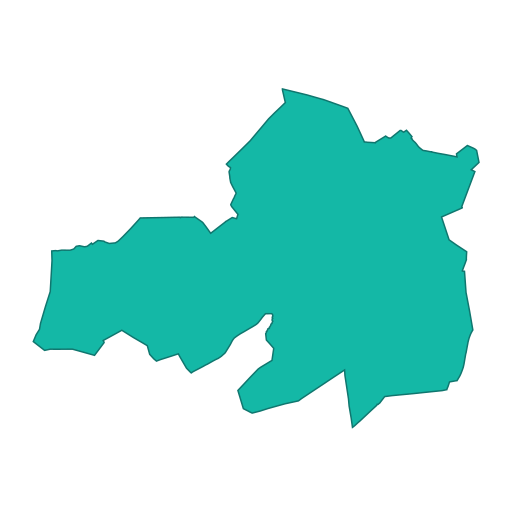 outline of Zilākalna pag., Kocenu, Latvia, rotated 272°
{"feature_id": "27541924B75578071059761", "entity_name": "Zilākalna pag.", "entity_type": "district", "adm_level": 2, "iso_a3": "LVA", "parent_name": "Latvia", "parent_adm1": "Kocenu", "projection": "mercator", "projection_center": [25.176, 57.583], "detail": "fine", "context": "isolated", "style": "filled", "palette": "teal", "viewbox_px": 512, "rotation_deg": 272, "n_neighbors": 0, "source": "geoboundaries", "source_scale": "gbopen_adm2", "svg_char_len": 5305}
<svg xmlns="http://www.w3.org/2000/svg" viewBox="0 0 512 512"><g transform="rotate(272 256 256)"><path d="M175.2,42.2L169.6,39.0L162.7,36.4L154.3,48.0L155.7,53.6L155.8,58.5L156.5,75.8L151.1,98.1L164.0,107.1L164.5,107.2L166.2,106.2L177.1,124.5L170.2,136.4L165.5,145.2L162.6,150.5L154.0,153.2L149.6,157.5L147.5,160.2L149.1,164.0L153.1,175.2L154.8,179.8L155.5,181.8L152.4,183.6L141.4,190.5L137.1,195.0L136.9,195.5L137.8,196.5L139.1,198.7L141.8,203.5L143.8,207.0L145.3,209.4L146.2,211.2L149.7,216.9L151.2,219.5L152.3,221.7L153.5,223.4L154.7,225.0L156.1,226.4L156.6,227.0L158.2,228.6L166.6,233.4L170.6,235.3L171.7,236.0L173.1,237.0L173.4,237.3L174.3,238.4L176.0,240.6L177.9,243.3L179.9,246.6L183.6,252.4L185.0,254.7L186.0,256.2L187.1,257.9L187.8,258.8L188.5,259.6L189.3,260.4L190.5,261.3L193.5,263.5L194.9,264.4L196.0,265.3L197.5,266.5L198.7,267.6L198.7,268.4L198.9,273.2L198.9,273.7L198.8,273.9L198.5,274.2L198.2,274.4L197.7,274.6L197.6,274.8L197.1,274.8L196.9,274.9L196.6,274.9L196.4,274.8L196.1,274.8L195.9,274.6L195.6,274.4L195.4,274.4L195.2,274.4L194.9,274.4L194.7,274.4L194.6,274.6L194.4,274.9L194.2,274.9L194.0,274.6L193.9,274.6L193.6,274.6L193.4,274.4L193.2,274.4L192.8,274.3L192.7,274.3L192.4,274.3L192.2,274.4L192.1,274.6L191.8,274.8L191.4,275.1L191.0,274.9L190.4,274.5L190.1,274.4L189.7,274.5L189.4,274.4L189.1,274.3L188.5,273.4L188.2,273.3L187.5,273.2L186.8,272.9L186.4,272.7L185.8,272.4L185.2,271.8L184.8,271.7L184.7,271.7L184.4,271.9L184.2,271.8L184.1,271.7L183.9,271.1L183.6,270.4L182.9,270.2L182.4,270.1L182.0,269.8L181.8,269.7L181.5,269.7L181.3,269.7L181.0,269.2L180.8,269.0L180.1,269.1L179.9,269.0L179.4,268.8L179.3,268.7L178.7,268.4L172.4,269.3L168.9,272.7L164.4,276.9L163.9,276.9L152.2,275.6L150.8,273.4L150.7,273.3L149.8,271.9L144.9,264.4L143.1,262.1L134.2,254.1L121.0,242.6L103.0,248.7L100.4,254.3L100.2,254.6L100.1,254.8L98.9,257.6L99.0,258.1L101.3,265.9L101.4,266.1L103.6,272.2L103.8,272.8L103.9,273.0L109.3,290.1L112.7,303.5L113.2,304.1L115.2,306.6L137.8,338.1L145.2,348.5L139.5,349.1L116.5,353.4L109.3,354.3L97.2,356.8L88.1,358.4L88.7,359.2L90.3,361.0L91.6,362.3L93.3,364.0L94.5,365.4L105.8,376.6L111.0,381.9L111.9,382.3L112.0,382.3L112.0,383.2L112.8,384.0L113.2,384.6L113.4,384.8L114.4,385.5L117.2,387.5L120.0,389.5L121.2,396.7L122.1,403.6L124.0,418.2L124.5,421.8L125.4,428.1L128.0,446.9L129.1,451.4L129.5,451.4L132.4,452.5L136.9,453.8L137.9,458.4L138.0,458.8L138.4,460.8L138.4,461.2L139.4,461.8L141.3,462.8L142.5,463.5L144.2,464.3L145.9,465.0L147.3,465.5L149.7,466.3L152.0,467.0L155.1,467.6L165.5,469.0L166.6,469.3L172.7,470.2L175.2,470.6L177.3,470.9L179.2,471.3L181.3,471.8L183.2,472.4L185.2,473.1L186.6,473.7L188.2,474.5L189.2,475.0L189.6,475.3L208.7,471.3L225.9,467.4L226.6,467.2L227.5,467.1L248.0,464.9L248.1,463.0L248.2,462.7L248.4,462.7L253.0,464.2L253.5,464.4L255.3,465.0L257.1,465.6L259.1,466.2L259.5,466.4L260.7,466.3L263.9,466.3L266.9,466.4L267.6,466.4L267.8,466.1L270.9,461.0L274.0,455.9L278.9,448.4L301.3,440.1L301.5,440.1L311.2,460.3L311.8,460.4L312.2,459.8L312.5,459.9L348.0,471.8L349.7,468.1L357.3,475.6L369.2,472.8L370.4,471.3L371.3,469.6L373.8,463.4L365.1,452.8L362.1,453.4L364.0,441.5L365.0,434.3L366.1,427.8L366.3,427.8L366.3,427.6L366.3,426.6L366.9,422.9L367.3,419.7L367.3,419.4L367.5,418.9L369.9,415.7L370.6,414.9L371.2,414.3L373.7,412.3L374.9,411.2L375.7,410.3L376.0,409.9L377.0,408.8L377.7,408.2L378.3,407.7L378.6,407.8L379.3,406.9L380.4,407.5L380.7,407.7L384.1,404.7L386.9,402.0L384.9,399.2L385.2,398.6L386.5,396.6L386.5,395.7L379.4,387.5L378.9,387.0L378.7,386.6L378.6,386.3L378.6,386.1L378.6,385.8L378.5,385.5L378.5,385.3L378.5,385.1L378.6,384.9L378.6,384.7L378.6,384.4L378.7,384.2L378.8,384.0L378.9,383.9L379.0,383.6L379.3,383.1L379.7,382.5L379.9,382.1L380.4,381.4L379.3,379.8L373.7,371.3L373.3,371.3L373.4,369.5L373.5,365.7L373.5,363.6L373.7,362.0L373.7,361.1L373.8,360.2L374.2,360.1L382.8,355.8L389.3,352.5L406.8,342.6L408.1,338.7L410.6,330.9L414.4,318.9L416.7,309.6L418.7,301.6L420.6,292.5L422.5,283.3L423.9,276.6L423.5,276.6L423.0,276.6L422.7,276.7L419.3,277.6L412.8,279.3L410.4,280.0L409.9,279.5L408.2,277.9L405.3,275.1L404.5,274.3L399.9,269.8L393.5,263.8L384.9,257.1L378.3,251.9L371.5,246.6L371.2,246.4L362.5,238.2L357.5,233.4L353.5,229.6L349.6,225.8L347.3,223.7L346.8,223.2L345.3,224.6L344.2,226.1L343.7,227.1L343.5,227.4L343.0,227.4L341.9,227.3L341.0,226.9L340.3,226.5L339.6,226.2L338.9,226.2L334.6,227.0L332.8,227.2L332.3,227.3L328.7,228.1L327.5,228.7L324.3,230.4L318.5,233.8L318.1,233.9L317.8,233.9L315.0,232.6L313.7,232.2L312.2,231.4L306.8,229.1L306.3,229.0L305.7,229.3L304.9,229.8L304.6,229.9L299.4,234.4L297.2,236.3L297.1,236.5L292.6,235.3L292.6,235.1L293.6,230.9L289.5,224.8L289.4,224.4L288.9,224.1L277.1,209.9L283.6,204.9L285.3,203.5L287.3,201.9L288.1,201.0L292.9,193.6L293.3,193.1L292.5,192.5L292.3,183.9L292.2,179.9L291.8,179.4L291.7,179.0L292.1,178.7L291.9,174.3L291.2,162.0L290.6,150.7L290.1,141.4L290.0,139.0L288.2,137.6L284.2,134.2L280.2,130.8L279.0,129.8L270.7,122.3L266.0,117.7L264.2,115.0L263.4,108.9L264.8,104.4L265.5,103.5L265.6,102.4L266.0,97.5L262.0,92.1L263.2,91.1L259.8,87.0L259.2,84.3L260.1,79.2L259.4,76.0L256.6,73.6L255.3,70.0L255.2,67.1L255.1,61.7L254.2,57.4L254.4,55.4L253.9,51.7L250.5,51.9L244.2,52.3L234.4,52.1L213.2,51.6L198.3,47.4L181.2,43.0L175.2,42.2Z" fill="#14b8a6" stroke="#0f766e" stroke-width="1.5"/></g></svg>